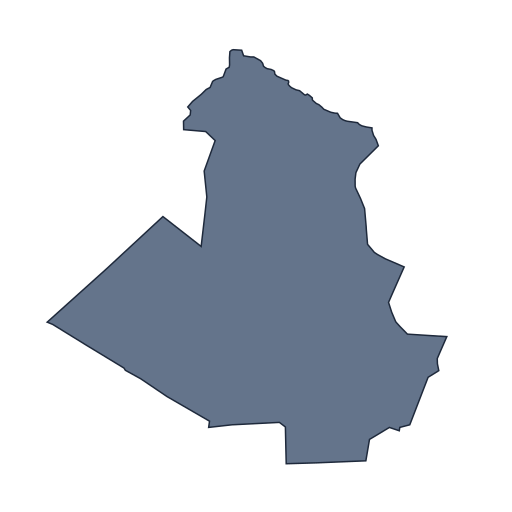 Rockingham, New Hampshire, United States of America (orthographic projection), rotated 277°
{"feature_id": "52423323B53018851624800", "entity_name": "Rockingham", "entity_type": "district", "adm_level": 2, "iso_a3": "USA", "parent_name": "United States of America", "parent_adm1": "New Hampshire", "projection": "orthographic", "projection_center": [-70.949, 43.006], "detail": "fine", "context": "isolated", "style": "filled", "palette": "slate", "viewbox_px": 512, "rotation_deg": 277, "n_neighbors": 0, "source": "geoboundaries", "source_scale": "gbopen_adm2", "svg_char_len": 1850}
<svg xmlns="http://www.w3.org/2000/svg" viewBox="0 0 512 512"><g transform="rotate(277 256 256)"><path d="M395.6,170.1L392.5,173.4L388.0,173.5L381.0,167.6L372.6,168.8L373.4,190.9L365.6,201.4L334.0,194.2L308.6,200.0L291.4,200.2L258.8,200.4L283.8,158.8L229.2,112.7L226.1,110.1L164.9,56.8L163.3,62.6L146.7,98.7L128.7,138.6L126.6,140.3L120.2,156.3L105.6,184.9L86.4,230.0L80.1,229.9L85.7,253.4L85.7,253.7L93.7,299.5L89.9,306.0L53.5,311.3L58.1,341.4L66.1,390.0L87.8,391.0L102.1,409.3L100.0,419.5L103.4,419.6L107.2,429.2L143.5,438.3L156.6,441.6L164.5,451.4L171.1,449.2L176.3,448.4L184.8,450.9L199.2,455.2L196.9,415.8L199.0,413.2L203.3,407.8L207.0,403.5L207.7,402.8L208.1,402.5L216.8,397.5L226.1,393.2L235.2,395.9L263.2,404.4L269.0,384.6L272.3,376.4L274.0,373.0L281.2,365.3L295.6,362.3L298.4,361.8L316.3,358.0L325.7,352.8L335.2,346.8L335.7,346.5L337.4,345.9L344.3,345.0L344.5,345.0L350.9,345.0L359.9,347.9L380.3,364.0L386.4,360.9L390.0,358.0L394.9,355.8L397.3,355.5L397.5,349.9L398.1,345.2L399.1,342.6L399.3,342.3L400.7,340.6L400.9,329.9L401.2,327.9L401.9,325.5L403.4,322.7L407.6,319.5L407.4,317.0L407.8,312.7L409.9,305.4L411.7,303.3L413.9,299.9L414.7,297.3L415.3,296.4L417.2,293.6L417.9,292.9L419.8,292.6L421.9,289.5L423.0,287.2L421.8,285.7L421.9,284.5L422.6,283.4L425.4,279.1L425.8,275.5L427.4,270.7L428.7,268.7L430.0,267.3L430.8,266.9L432.1,267.3L433.6,267.0L434.1,266.3L434.2,264.2L437.0,254.9L438.8,252.6L441.5,251.8L442.1,251.0L443.0,248.3L443.3,244.2L444.2,242.0L445.2,240.4L448.1,239.1L450.4,236.8L453.3,229.6L452.9,226.5L453.2,219.3L458.5,216.7L458.0,208.2L457.3,206.7L455.7,205.2L449.6,205.5L442.4,206.5L440.1,206.4L437.9,203.5L432.0,202.1L430.0,201.6L429.4,200.9L426.4,194.6L424.6,192.2L423.8,191.6L423.7,191.6L417.7,189.9L415.8,187.1L415.1,186.2L409.7,181.9L401.7,174.2L395.6,170.1Z" fill="#64748b" stroke="#1e293b" stroke-width="1.5"/></g></svg>